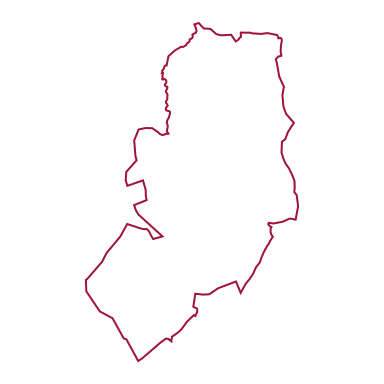 the district of Kibiya, Kano, Nigeria
{"feature_id": "59680162B54095353953704", "entity_name": "Kibiya", "entity_type": "district", "adm_level": 2, "iso_a3": "NGA", "parent_name": "Nigeria", "parent_adm1": "Kano", "projection": "natural_earth1", "projection_center": [8.677, 11.494], "detail": "fine", "context": "isolated", "style": "outline", "palette": "rose", "viewbox_px": 384, "rotation_deg": 0, "n_neighbors": 0, "source": "geoboundaries", "source_scale": "gbopen_adm2", "svg_char_len": 3665}
<svg xmlns="http://www.w3.org/2000/svg" viewBox="0 0 384 384"><path d="M295.6,219.7L298.1,206.4L296.7,195.1L294.3,192.2L294.7,187.5L294.5,181.0L292.2,175.0L289.1,168.6L285.4,163.3L283.4,158.7L281.5,152.5L282.0,141.7L285.2,139.3L287.9,132.1L293.9,122.8L286.1,113.9L283.5,106.7L282.4,95.2L283.9,86.7L280.9,80.3L279.7,77.4L279.6,77.5L279.3,77.0L277.3,65.5L277.0,63.8L277.0,63.6L275.8,59.3L276.6,58.3L278.4,56.5L281.2,55.8L281.4,55.7L280.6,51.1L280.8,48.7L280.9,45.5L281.3,43.9L281.8,40.6L281.8,39.7L281.5,39.0L281.0,38.2L280.3,38.0L278.6,38.4L278.2,38.1L278.2,37.5L278.1,36.7L277.0,35.0L267.5,33.1L261.0,33.9L251.7,33.3L250.5,32.7L240.8,32.6L240.8,34.3L241.0,36.8L239.7,37.8L239.2,38.3L238.9,38.9L238.4,39.6L237.8,40.1L236.7,40.7L235.7,41.4L231.2,34.8L220.9,35.3L216.3,34.1L210.4,28.9L203.6,28.4L198.8,23.0L194.4,24.4L195.8,27.9L196.6,30.9L196.0,32.5L195.0,33.3L193.9,33.6L192.4,34.7L192.7,35.8L192.7,37.0L192.5,37.6L192.0,38.1L191.0,38.9L190.3,39.1L189.6,39.4L189.6,40.9L189.3,41.7L187.9,42.7L187.2,43.1L186.3,44.9L185.9,45.3L185.1,45.8L184.4,46.2L183.1,46.9L182.3,47.0L181.1,46.7L180.3,47.3L174.9,50.4L168.5,56.2L167.0,63.3L166.6,65.4L166.1,65.3L165.4,65.5L164.7,66.0L164.5,66.8L164.1,67.4L164.0,67.9L163.8,68.8L163.5,69.2L163.0,69.6L162.6,70.2L162.2,70.9L162.2,71.8L162.1,72.4L161.9,73.0L162.9,72.9L162.8,73.9L162.7,74.5L162.4,75.6L162.5,76.3L162.7,77.3L162.5,77.7L162.3,78.3L162.2,78.9L162.4,79.4L163.1,79.5L164.4,79.1L165.2,79.3L166.2,80.5L166.4,82.2L166.1,82.8L165.8,83.3L165.3,83.8L164.9,84.3L165.0,85.3L165.2,85.9L165.5,86.2L166.6,86.6L167.1,86.7L167.4,87.0L167.4,87.5L167.2,88.7L166.6,89.7L166.2,90.3L165.9,91.1L166.0,92.0L166.6,93.0L167.2,93.6L167.5,94.6L167.4,96.0L167.3,97.7L167.3,99.2L166.9,99.8L166.6,100.5L166.2,101.1L166.0,101.5L165.9,102.0L166.0,102.6L166.2,103.2L166.6,103.5L167.0,104.0L167.2,104.6L167.7,105.7L166.7,106.8L166.4,107.3L165.9,108.0L165.7,108.7L165.8,109.3L165.9,110.0L166.2,110.4L167.5,110.7L168.9,111.1L169.9,111.7L170.1,112.1L169.9,113.9L169.4,115.7L169.2,116.4L168.9,117.5L168.6,118.1L167.9,119.1L167.7,119.8L167.3,120.3L167.1,121.0L167.0,122.0L166.9,122.9L166.9,123.4L167.2,123.7L167.4,124.5L167.7,125.6L167.7,127.1L167.3,129.0L167.1,129.8L167.0,130.5L166.9,131.1L167.3,132.0L168.4,133.4L168.4,133.8L166.4,133.8L162.8,135.1L160.0,134.1L158.1,132.2L152.2,128.2L145.7,128.0L138.6,129.5L134.2,140.4L135.4,155.5L136.6,160.3L131.1,166.5L130.0,167.7L126.4,171.7L126.3,171.9L125.7,180.4L127.4,185.8L143.0,180.4L145.7,189.9L145.8,195.6L146.6,200.1L134.1,205.1L135.8,210.1L138.3,214.4L162.5,236.4L153.1,239.0L150.8,235.0L149.3,231.8L146.7,228.9L144.0,229.2L139.8,228.2L127.2,224.0L120.4,236.4L106.5,253.1L102.1,261.8L87.0,279.2L85.9,279.9L86.3,291.3L99.9,311.5L107.3,315.4L112.5,318.2L123.7,338.4L126.4,339.3L138.2,361.0L142.0,358.5L160.7,342.4L166.2,338.5L167.0,338.7L168.6,339.0L168.8,339.1L169.2,339.5L169.5,340.0L170.2,340.6L170.7,340.9L171.0,341.1L171.4,341.4L171.5,339.1L171.9,338.1L171.9,336.7L177.5,332.9L181.8,328.9L186.8,321.9L193.9,315.1L195.3,316.0L195.5,315.5L196.4,313.7L196.9,312.5L197.3,311.6L197.2,310.4L197.0,308.6L193.3,306.7L195.2,294.7L195.3,293.7L203.0,294.6L209.3,294.3L218.2,288.2L236.0,281.5L240.7,292.9L245.7,283.7L249.4,279.3L252.8,274.3L254.0,271.8L256.0,267.3L259.8,262.4L261.7,256.9L264.4,250.9L267.3,245.7L268.8,243.8L270.0,241.1L271.9,238.2L272.8,236.7L271.5,234.9L270.6,232.4L270.6,230.0L270.7,228.1L271.4,227.1L270.2,226.4L268.7,225.1L268.2,224.1L268.7,222.8L273.4,223.5L282.8,221.7L287.2,219.7L287.8,219.4L288.1,219.2L288.4,219.1L288.6,219.0L288.7,218.9L289.0,218.9L289.3,218.9L289.8,218.8L290.6,218.7L291.4,218.7L293.2,219.1L293.6,219.3L295.6,219.7Z" fill="none" stroke="#9f1239" stroke-width="2"/></svg>